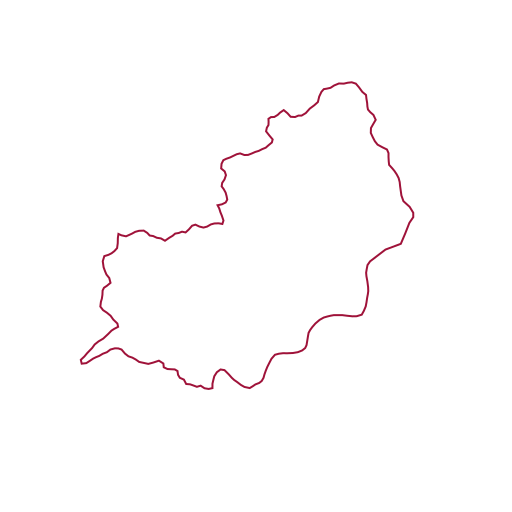 outline of Capitólio, Minas Gerais, Brazil, rotated 311°
{"feature_id": "56859067B5400147838049", "entity_name": "Capitólio", "entity_type": "district", "adm_level": 2, "iso_a3": "BRA", "parent_name": "Brazil", "parent_adm1": "Minas Gerais", "projection": "mercator", "projection_center": [-46.158, -20.611], "detail": "fine", "context": "isolated", "style": "outline", "palette": "rose", "viewbox_px": 512, "rotation_deg": 311, "n_neighbors": 0, "source": "geoboundaries", "source_scale": "gbopen_adm2", "svg_char_len": 3381}
<svg xmlns="http://www.w3.org/2000/svg" viewBox="0 0 512 512"><g transform="rotate(311 256 256)"><path d="M449.6,228.6L450.9,222.9L451.6,218.3L449.9,214.3L447.0,211.6L443.7,209.2L440.6,205.4L436.0,203.1L431.8,201.9L428.7,199.6L426.4,197.7L422.8,197.7L417.8,199.1L412.8,201.7L408.0,201.1L402.5,199.9L396.5,199.8L391.9,198.3L389.8,195.9L386.5,194.3L383.8,190.8L384.4,186.1L384.3,181.2L380.0,180.1L376.7,179.8L372.9,178.6L370.7,176.2L367.7,175.4L365.5,177.5L363.0,179.5L360.0,180.0L356.7,181.8L355.7,187.0L354.9,192.1L352.1,193.5L347.9,192.8L344.1,192.3L340.8,190.6L337.1,189.1L334.1,187.2L330.5,185.5L327.1,183.7L324.6,181.0L323.0,176.7L320.2,174.7L317.4,173.5L313.4,171.8L309.9,169.8L306.9,168.5L303.0,169.5L299.2,172.3L299.3,176.9L297.3,180.3L293.1,182.0L289.0,182.5L286.0,184.4L285.3,187.7L283.9,191.5L281.9,194.5L279.7,197.3L276.5,198.0L272.7,196.4L269.1,193.7L267.8,197.0L265.7,200.4L264.0,203.8L261.4,208.2L258.1,209.6L256.2,206.4L253.2,203.2L250.2,201.2L246.1,199.8L243.0,197.7L241.1,194.0L239.9,189.7L236.9,187.9L232.0,187.9L227.6,187.4L225.8,184.2L222.7,182.6L219.9,180.3L216.5,179.8L212.9,178.6L207.8,177.3L206.9,172.7L204.7,169.2L203.6,165.3L201.7,162.3L202.1,158.8L201.5,154.6L198.3,151.2L195.0,149.0L191.7,147.8L188.8,146.5L185.6,145.0L183.3,140.8L182.4,137.7L179.0,139.9L174.9,143.3L170.8,146.0L166.7,145.9L163.3,145.2L160.1,143.9L156.4,141.6L151.5,143.8L147.5,148.4L145.4,152.2L143.9,155.3L143.1,159.7L140.3,163.8L135.6,163.0L132.3,162.1L129.3,162.9L125.9,165.6L122.6,167.7L119.7,169.0L115.7,171.7L114.8,176.1L115.4,180.7L115.5,185.5L114.4,190.0L114.1,195.7L112.1,198.4L108.0,196.8L104.9,195.9L100.1,195.6L93.4,194.9L88.3,193.2L83.4,192.3L78.9,192.7L75.6,192.5L71.9,192.3L67.6,192.4L62.7,191.9L60.4,195.1L63.8,198.2L67.9,199.4L71.7,200.4L74.8,201.7L77.7,203.2L81.7,204.5L85.6,206.6L89.9,207.5L93.8,210.1L95.9,212.7L97.2,215.9L96.4,221.1L96.6,225.5L98.2,229.4L99.0,233.2L99.4,237.3L101.6,241.3L103.9,245.5L108.2,248.4L113.3,251.4L114.1,256.6L111.5,259.4L112.6,263.3L114.9,266.3L117.1,269.1L117.7,272.2L115.2,275.1L114.1,278.4L115.4,282.7L113.6,287.3L115.9,290.4L117.2,293.7L118.5,297.2L121.8,299.3L122.4,303.9L124.6,307.5L127.7,309.8L131.1,306.9L134.9,304.9L137.9,303.4L142.6,302.7L147.1,303.7L149.2,307.1L148.8,313.1L148.2,317.6L148.1,320.8L148.5,324.4L148.8,329.2L149.6,333.2L152.2,337.9L155.6,339.0L158.7,339.8L162.3,341.7L165.4,342.3L169.0,341.6L172.1,340.1L175.9,338.6L179.7,337.3L184.0,336.2L188.6,335.1L193.9,335.1L197.3,337.4L200.3,340.1L203.2,343.5L207.0,347.5L210.9,350.7L215.0,352.8L218.8,353.5L221.9,352.6L225.8,350.2L229.5,347.9L232.5,346.1L235.7,345.4L239.3,345.1L244.0,345.1L249.5,345.9L254.0,347.5L257.1,349.5L259.9,351.5L262.4,353.5L265.0,356.5L267.9,359.8L270.7,364.0L273.8,368.4L276.6,371.5L281.1,374.3L285.3,373.4L289.9,371.9L293.5,369.8L297.4,367.3L300.5,365.5L303.1,363.8L306.1,361.0L310.0,356.6L313.2,352.6L315.6,350.1L318.5,348.3L322.3,346.1L326.8,345.6L345.8,349.5L360.2,357.3L370.7,353.9L381.7,350.0L388.5,349.2L391.8,346.3L393.9,339.7L394.1,331.3L397.1,326.0L403.2,319.0L406.1,315.9L408.4,312.5L409.9,308.7L411.0,304.7L411.6,301.1L412.1,296.7L414.4,294.2L417.7,291.0L420.6,288.5L422.3,285.0L421.0,280.1L419.8,274.7L420.6,270.4L422.4,265.9L424.2,261.9L428.0,258.8L432.5,257.9L437.3,257.0L439.5,252.1L439.5,247.8L440.0,244.4L441.9,242.0L444.4,239.5L447.3,236.0L449.7,233.4L449.6,228.6Z" fill="none" stroke="#9f1239" stroke-width="2"/></g></svg>